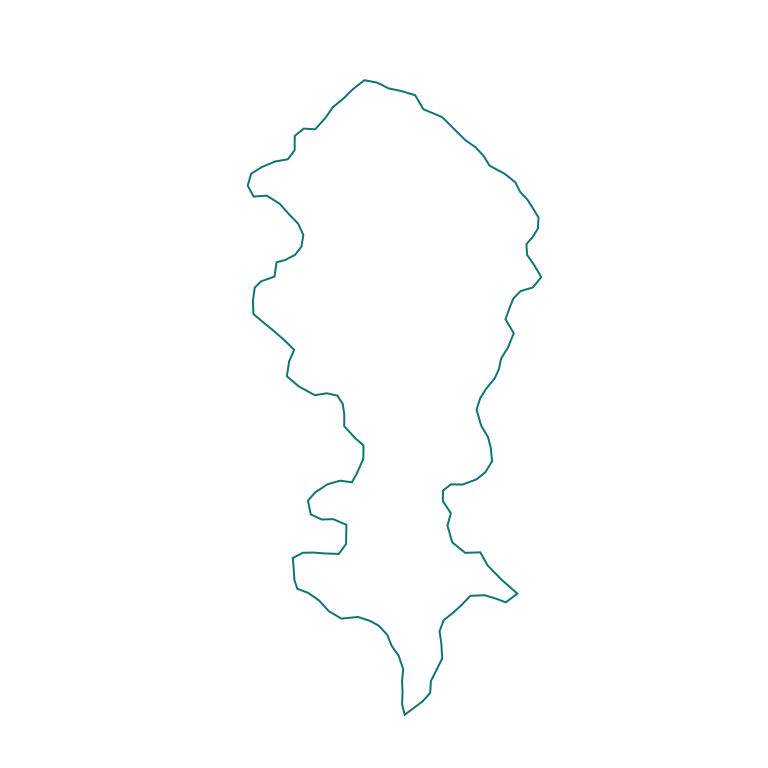 the district of Rio Doce, Minas Gerais, Brazil, rotated 129°
{"feature_id": "56859067B3793838419052", "entity_name": "Rio Doce", "entity_type": "district", "adm_level": 2, "iso_a3": "BRA", "parent_name": "Brazil", "parent_adm1": "Minas Gerais", "projection": "robinson", "projection_center": [-42.893, -20.212], "detail": "fine", "context": "isolated", "style": "outline", "palette": "teal", "viewbox_px": 768, "rotation_deg": 129, "n_neighbors": 0, "source": "geoboundaries", "source_scale": "gbopen_adm2", "svg_char_len": 1954}
<svg xmlns="http://www.w3.org/2000/svg" viewBox="0 0 768 768"><g transform="rotate(129 384 384)"><path d="M214.0,597.0L229.4,597.8L236.0,607.1L247.4,609.5L258.5,600.6L269.9,600.2L279.8,608.8L292.1,615.4L304.2,619.6L315.6,614.8L320.4,603.3L311.4,593.6L309.6,578.4L311.9,564.4L313.4,551.7L318.9,540.5L329.2,534.6L339.7,534.4L349.6,538.8L357.1,544.1L369.4,536.7L381.5,544.1L390.5,545.1L401.9,538.2L411.8,529.5L412.1,516.4L412.1,504.1L412.7,488.2L414.0,475.3L426.3,471.9L439.1,464.3L439.5,448.6L436.2,430.7L427.2,422.6L422.4,412.9L425.4,403.6L432.3,396.0L441.9,388.3L444.3,371.6L444.6,361.3L455.1,353.0L470.7,348.8L480.6,347.1L486.7,357.2L497.5,364.8L511.6,369.3L522.5,369.7L531.4,358.9L528.5,347.1L521.0,338.4L517.1,324.6L532.2,312.8L544.5,312.2L553.1,323.6L559.5,332.9L566.3,340.9L576.6,345.4L584.5,337.8L592.6,330.4L597.7,322.5L594.0,311.3L593.1,298.2L595.3,284.0L593.1,269.4L581.4,257.6L577.0,246.1L575.1,235.8L577.0,223.3L582.7,213.3L586.0,201.5L593.5,189.6L603.4,183.1L612.0,175.5L621.4,168.5L628.0,159.8L619.0,157.5L606.4,154.3L595.0,153.7L585.4,160.6L571.5,163.6L560.6,166.1L549.6,176.1L541.2,185.2L530.0,189.0L517.7,186.2L506.3,184.6L494.2,183.5L484.7,172.7L480.1,161.3L477.1,152.0L463.0,148.4L462.1,170.0L459.7,189.6L454.2,203.2L464.1,214.6L464.1,231.3L454.2,245.5L442.3,250.8L438.0,264.5L429.6,271.1L419.9,268.8L412.7,259.7L399.9,252.1L388.7,249.7L376.0,251.4L366.1,261.2L359.8,269.8L355.1,282.5L345.7,295.9L334.5,300.3L323.7,301.6L309.6,301.6L300.0,304.1L290.6,309.0L277.4,310.7L262.9,315.1L257.2,330.4L244.9,334.6L236.1,337.3L225.7,336.3L215.4,329.1L202.0,329.1L196.9,342.6L193.6,354.1L185.7,361.3L175.8,361.0L166.2,362.3L157.4,368.7L153.6,379.2L150.4,388.8L149.0,399.1L144.6,408.9L144.7,422.6L147.9,439.3L144.2,449.7L142.4,461.6L143.3,474.0L141.8,488.9L140.0,506.8L145.7,526.3L140.0,541.5L145.7,555.5L151.4,566.5L154.1,579.0L160.2,590.4L174.0,593.6L188.1,595.3L201.3,598.0L214.0,597.0Z" fill="none" stroke="#0f766e" stroke-width="2"/></g></svg>